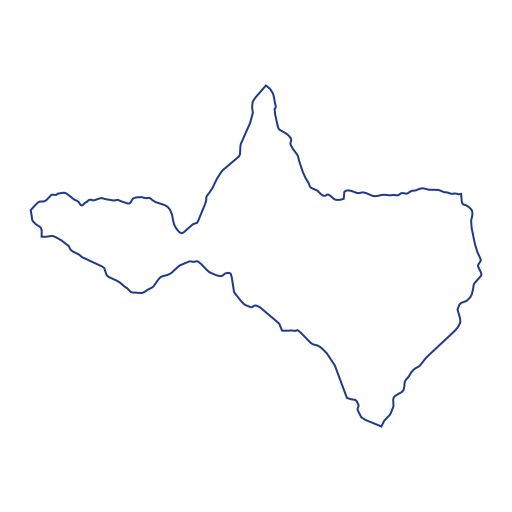 map outline of Nakhon Sawan (orthographic projection)
{"feature_id": "THA-411", "entity_name": "Nakhon Sawan", "entity_type": "Province", "adm_level": 1, "iso_a3": "THA", "parent_name": "Thailand", "parent_adm1": "", "projection": "orthographic", "projection_center": [99.999, 15.699], "detail": "fine", "context": "isolated", "style": "outline", "palette": "blue", "viewbox_px": 512, "rotation_deg": 0, "n_neighbors": 0, "source": "natural_earth", "source_scale": "10m", "svg_char_len": 5228}
<svg xmlns="http://www.w3.org/2000/svg" viewBox="0 0 512 512"><path d="M381.4,426.5L365.6,420.0L361.3,417.3L358.0,410.8L357.7,409.9L357.5,409.1L357.7,408.2L358.0,407.3L358.4,406.6L358.6,405.7L358.3,404.5L356.8,401.4L355.9,400.4L355.0,399.8L351.3,399.3L346.9,397.9L334.9,365.6L326.8,353.3L321.6,348.1L320.2,347.0L319.6,346.6L317.9,345.7L316.9,345.3L314.0,344.6L313.0,344.3L310.7,342.9L300.5,332.4L297.5,330.1L295.1,330.9L291.3,330.4L289.0,330.7L282.1,330.7L279.2,323.6L260.2,307.5L258.0,306.3L256.5,305.7L255.4,305.5L254.4,305.7L253.7,306.0L252.5,306.9L251.8,307.2L250.9,307.2L245.0,304.9L243.4,303.5L240.9,300.9L234.7,293.0L234.0,291.8L231.8,277.5L230.8,274.0L230.0,273.3L229.3,272.9L227.3,273.0L225.5,273.4L224.7,273.8L222.6,275.5L221.8,275.9L220.9,276.1L219.9,276.1L218.0,275.7L215.2,274.8L209.4,272.2L207.4,270.5L200.9,263.8L198.8,262.1L197.1,261.2L194.2,261.8L193.1,261.8L191.1,261.4L190.1,261.4L189.1,261.5L180.5,265.1L179.7,265.5L178.3,266.5L172.0,272.4L170.6,273.5L167.4,275.0L162.5,276.2L160.8,277.0L160.2,277.6L159.5,278.1L157.4,280.8L154.4,285.2L153.3,286.6L151.9,287.6L147.9,289.6L144.2,292.1L142.5,292.8L141.5,293.0L138.4,292.9L135.9,292.6L133.1,292.6L131.6,292.2L130.5,291.7L127.0,288.1L124.7,286.7L120.0,282.6L116.8,280.7L109.0,277.1L108.1,276.5L107.2,275.8L106.7,275.1L106.3,274.3L104.2,268.0L101.9,266.4L81.9,257.1L79.4,254.8L72.4,251.2L71.3,250.4L70.2,249.1L69.1,246.7L68.6,245.9L67.9,245.3L66.4,244.3L62.0,240.8L56.6,237.6L54.0,236.4L52.0,235.9L45.6,236.8L41.6,236.7L41.7,230.6L41.1,228.3L40.6,227.6L39.2,226.4L36.0,224.4L33.1,221.5L32.4,220.3L31.9,218.5L31.9,217.2L30.7,210.2L34.5,205.9L38.2,202.3L39.1,201.8L40.2,201.5L43.3,201.5L44.7,201.1L46.1,200.3L49.3,197.2L50.6,195.6L51.3,195.0L52.2,194.6L53.9,194.9L55.1,194.9L56.4,194.8L57.6,193.7L63.0,192.8L64.1,192.8L65.1,193.0L66.0,193.3L66.8,193.7L73.7,199.2L75.3,200.1L77.0,200.8L77.8,201.3L78.5,201.8L79.0,202.5L79.9,204.0L80.4,204.6L81.0,205.2L81.8,205.4L82.8,205.1L83.9,203.8L85.1,202.8L86.9,201.9L88.0,200.7L89.2,199.9L91.0,199.7L92.0,200.0L92.9,200.4L94.2,200.3L99.1,198.6L101.0,198.2L102.4,198.2L105.2,199.1L113.6,200.5L114.7,200.4L116.8,200.0L118.0,199.9L121.4,201.4L127.8,203.5L128.9,203.5L129.9,203.1L130.8,202.3L131.7,200.3L132.6,199.0L133.9,198.1L136.1,197.5L139.0,197.2L141.3,197.2L142.4,197.3L144.3,197.9L145.3,198.1L146.5,198.1L147.8,197.9L148.9,197.8L149.8,198.1L150.5,198.5L153.2,200.7L155.6,202.1L164.4,205.0L166.0,205.8L166.7,206.3L168.1,207.4L168.6,208.0L169.7,209.4L170.6,211.0L172.0,214.5L173.1,220.5L174.1,224.3L174.8,226.0L176.7,229.1L178.9,231.7L179.6,232.2L181.1,233.2L182.4,233.0L183.9,232.2L192.2,224.8L192.9,224.3L194.6,223.5L196.7,223.1L197.9,221.5L205.1,204.1L206.1,200.8L206.3,199.1L206.2,198.0L206.5,196.7L207.3,195.3L209.4,192.7L212.5,187.9L216.9,178.8L221.4,171.8L223.2,169.8L239.0,156.4L239.5,155.4L240.0,154.1L240.4,146.3L240.8,144.0L250.0,123.2L252.9,112.8L252.2,108.3L252.2,106.0L252.7,101.7L255.3,97.7L265.9,85.5L269.9,88.7L272.9,93.4L273.4,94.8L275.8,106.8L275.5,107.7L275.2,108.4L274.6,109.1L275.1,114.2L277.8,126.5L278.7,128.8L280.0,130.0L286.2,133.6L287.4,134.4L288.6,135.6L290.7,138.0L291.2,139.5L291.2,140.8L290.7,142.0L290.4,143.7L290.8,145.2L293.1,149.2L296.9,154.2L297.6,155.5L298.1,156.6L298.9,160.2L302.8,172.0L305.5,178.0L308.7,183.1L309.6,185.8L310.5,187.2L311.2,187.9L316.5,190.2L317.3,190.6L318.1,191.3L320.9,194.1L322.6,195.3L323.8,195.8L324.9,195.8L325.7,195.5L326.5,195.1L327.2,194.5L328.4,194.7L330.0,195.5L333.0,198.2L334.6,199.3L336.1,199.9L339.2,199.9L340.3,199.8L343.7,198.8L344.3,192.4L344.5,191.7L346.1,190.8L346.9,190.5L347.6,190.4L348.4,190.4L351.4,190.9L356.1,192.7L356.9,193.0L357.8,193.1L358.8,193.1L362.7,192.4L363.8,192.5L365.8,193.0L372.8,195.9L373.8,196.1L375.0,196.2L376.2,196.1L380.1,195.4L381.0,195.1L382.0,194.9L385.3,194.8L389.6,195.3L390.9,195.3L393.0,195.0L395.0,195.1L397.2,195.4L398.0,195.2L398.9,194.9L401.0,193.3L402.1,193.1L403.4,193.1L405.4,193.6L406.8,193.6L407.7,193.3L410.1,191.7L410.7,191.3L411.5,191.0L412.4,190.8L415.7,190.4L416.6,190.1L419.1,189.0L422.0,188.3L423.0,188.3L425.4,188.8L428.6,189.7L438.0,189.9L439.6,190.3L443.7,192.0L445.0,192.3L446.2,192.3L447.4,192.5L450.3,193.5L451.4,193.8L452.4,193.8L454.5,193.5L455.5,193.5L459.0,194.3L461.1,193.9L461.8,201.9L462.2,203.0L463.0,204.3L465.7,205.2L467.0,205.8L468.5,206.8L470.9,209.0L471.9,210.5L472.3,212.0L472.4,214.2L472.1,216.5L471.4,219.4L471.1,220.3L471.6,227.8L474.9,244.0L477.4,252.2L480.1,257.9L480.6,259.4L480.7,260.6L480.3,261.5L478.7,263.9L478.0,265.4L478.3,267.0L480.8,272.1L481.3,273.9L481.3,275.3L480.8,276.1L474.5,283.2L473.9,284.1L473.6,285.3L473.1,288.9L471.9,294.0L471.5,295.0L470.7,296.5L470.2,297.2L467.8,299.8L467.2,300.4L466.4,300.9L465.6,301.3L461.2,302.9L459.5,304.5L457.5,309.5L460.1,318.5L460.3,322.0L460.0,323.1L458.7,325.8L457.3,327.9L454.6,331.0L426.3,357.5L420.2,365.2L419.1,366.3L418.4,366.8L415.2,368.4L412.9,370.4L411.1,372.6L408.7,376.6L406.6,378.9L404.9,381.4L404.7,382.4L404.4,384.6L404.4,385.9L403.8,389.3L403.3,390.4L402.6,391.2L401.3,392.3L400.6,392.8L398.7,393.7L395.2,395.9L394.2,396.9L393.6,398.0L393.3,398.9L393.2,400.0L393.5,405.6L393.4,406.6L390.7,413.4L389.9,414.7L389.2,415.6L388.3,416.4L384.1,420.9L381.4,426.5Z" fill="none" stroke="#1e3a8a" stroke-width="2"/></svg>